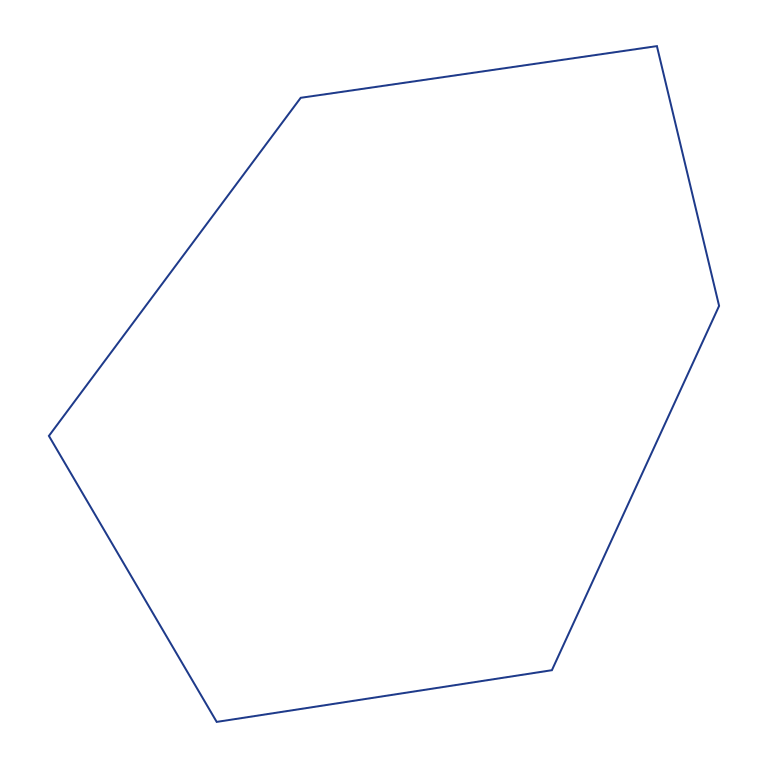 outline of San Marino
{"feature_id": "SMR", "entity_name": "San Marino", "entity_type": "country or territory", "adm_level": 0, "iso_a3": "SMR", "parent_name": "Europe", "parent_adm1": "", "projection": "robinson", "projection_center": [12.465, 43.942], "detail": "fine", "context": "isolated", "style": "outline", "palette": "blue", "viewbox_px": 768, "rotation_deg": 0, "n_neighbors": 0, "source": "natural_earth", "source_scale": "50m", "svg_char_len": 208}
<svg xmlns="http://www.w3.org/2000/svg" viewBox="0 0 768 768"><path d="M551.9,670.2L216.7,721.9L48.9,435.9L300.7,97.8L656.9,46.1L719.1,305.9L551.9,670.2Z" fill="none" stroke="#1e3a8a" stroke-width="2"/></svg>